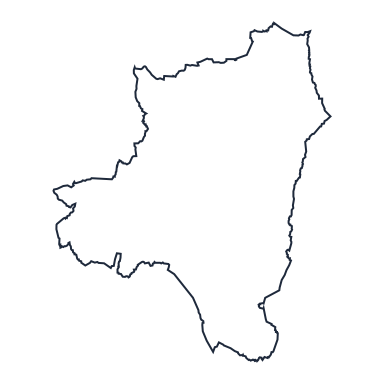 Wapi Pathum, Maha Sarakham, Thailand
{"feature_id": "78962969B74809477200097", "entity_name": "Wapi Pathum", "entity_type": "district", "adm_level": 2, "iso_a3": "THA", "parent_name": "Thailand", "parent_adm1": "Maha Sarakham", "projection": "equal_earth", "projection_center": [103.345, 15.863], "detail": "fine", "context": "isolated", "style": "outline", "palette": "slate", "viewbox_px": 384, "rotation_deg": 0, "n_neighbors": 0, "source": "geoboundaries", "source_scale": "gbopen_adm2", "svg_char_len": 5912}
<svg xmlns="http://www.w3.org/2000/svg" viewBox="0 0 384 384"><path d="M53.5,190.8L54.3,192.8L56.7,194.7L57.6,196.4L57.8,198.6L58.9,199.7L62.2,200.6L63.7,202.4L66.2,204.2L66.5,205.7L68.8,206.3L69.0,207.0L70.5,207.4L72.3,205.0L75.3,203.7L74.8,206.5L73.1,208.4L73.5,210.9L72.3,212.3L70.8,212.6L69.8,213.9L69.6,215.3L67.3,216.1L66.9,218.0L66.2,217.7L65.5,218.5L65.1,217.8L63.7,218.3L57.0,223.9L56.5,224.8L56.4,229.2L58.5,237.8L59.5,238.5L59.2,244.2L59.6,245.2L60.3,244.8L60.4,247.7L61.5,247.2L61.8,246.2L63.4,247.0L64.4,246.2L65.5,246.3L67.0,245.6L68.5,243.8L68.4,243.0L69.5,242.4L69.9,245.0L70.8,246.3L71.1,249.2L72.0,250.2L72.8,250.2L73.1,252.3L74.3,253.1L74.4,253.9L74.8,253.7L75.1,254.5L76.3,254.7L77.2,258.6L77.9,259.5L78.8,259.4L79.1,260.7L81.2,261.3L81.3,262.7L85.3,265.5L89.9,262.9L91.2,261.2L94.8,262.6L97.4,262.0L98.5,262.9L104.1,263.3L110.8,268.0L111.7,266.1L113.8,265.9L115.0,259.3L116.9,253.3L120.7,253.8L120.5,257.7L119.8,261.2L119.1,261.5L118.6,263.3L118.8,266.7L118.3,266.7L118.4,267.8L117.5,269.3L117.5,272.6L118.5,272.7L118.6,273.7L121.0,274.0L122.7,276.7L125.0,276.9L126.2,276.2L127.9,276.4L128.5,277.4L129.4,276.9L130.0,275.9L130.2,274.5L131.4,273.9L131.5,273.1L134.0,271.9L134.3,271.1L133.9,269.6L135.9,269.5L136.7,267.0L138.0,265.6L137.8,264.8L141.9,262.0L143.0,261.7L144.0,262.1L144.9,263.4L148.7,262.6L150.5,265.9L152.5,265.5L152.9,263.6L153.9,263.3L154.5,262.0L155.4,262.8L160.2,262.8L161.2,263.4L162.8,262.5L163.7,263.4L168.4,264.0L169.2,264.9L168.7,267.5L167.8,269.9L174.2,274.1L193.0,297.8L198.4,310.1L198.7,312.6L200.1,314.7L200.5,318.0L201.2,319.6L203.3,321.1L203.5,322.8L202.5,323.0L202.3,325.0L202.8,331.3L206.7,340.7L213.1,351.9L214.8,347.2L216.9,346.6L218.9,342.4L223.3,344.7L223.8,345.4L230.6,348.2L234.8,351.1L238.0,352.4L238.1,353.3L240.0,355.3L241.8,355.1L242.6,355.6L243.0,354.9L243.3,355.7L245.7,356.4L246.3,358.0L248.7,360.0L249.5,359.7L250.7,360.6L252.9,359.6L253.3,360.1L254.5,359.9L254.7,360.5L255.2,360.2L255.3,360.9L257.0,360.3L257.2,361.0L258.2,360.0L259.1,357.8L259.8,357.3L261.5,357.7L261.5,358.6L262.5,360.0L264.5,357.0L267.6,358.0L267.9,357.0L268.9,356.7L269.1,357.0L270.8,354.7L271.5,352.1L272.7,352.2L273.4,351.3L277.5,339.6L277.8,333.2L277.0,332.8L277.0,332.0L275.9,332.0L275.9,330.4L275.0,330.1L275.3,327.1L271.4,324.8L271.6,324.0L266.6,321.7L265.8,319.2L263.6,308.1L263.4,308.7L259.9,307.9L258.9,306.5L259.1,305.4L258.6,304.8L259.6,303.8L260.2,304.0L260.2,303.6L263.2,303.1L263.6,303.4L265.2,297.8L279.3,290.3L279.7,287.4L281.7,280.0L284.7,275.0L286.5,270.1L289.2,265.2L291.0,260.5L289.7,259.9L289.9,258.3L288.9,258.4L287.4,256.9L288.0,256.5L287.6,255.6L287.9,254.9L286.8,253.9L286.9,253.1L286.2,251.4L287.3,250.0L288.1,249.7L289.3,250.6L291.3,243.4L291.4,241.9L290.7,240.4L291.3,236.9L290.1,236.7L289.3,235.6L290.1,234.3L290.3,231.9L291.2,231.4L292.1,229.6L291.7,228.7L291.9,226.6L291.7,225.8L290.2,225.3L290.2,224.5L289.4,224.5L288.6,223.0L288.6,220.8L289.3,219.4L288.9,218.3L289.9,216.4L290.9,216.4L291.6,215.0L291.7,210.0L293.3,208.0L292.9,205.4L294.0,198.9L293.4,196.5L293.4,191.3L294.3,187.9L294.4,185.1L295.6,183.6L295.8,181.0L296.6,181.1L299.0,177.7L299.9,177.5L300.3,174.4L299.8,174.1L300.3,171.3L300.1,170.4L300.8,168.4L301.8,168.1L302.5,165.9L302.4,164.8L303.0,164.0L302.3,162.4L302.8,161.5L303.0,159.1L305.5,157.0L305.0,154.9L306.2,151.6L305.2,141.8L306.6,140.5L306.8,139.3L309.1,139.0L309.9,136.4L312.4,134.0L313.8,133.9L320.1,126.5L321.2,126.4L321.8,123.9L324.0,123.6L324.6,121.0L326.6,120.0L330.5,116.4L324.9,110.7L324.4,109.2L324.7,108.8L322.1,103.1L322.2,98.6L319.0,98.7L318.9,95.5L316.8,92.8L316.5,90.5L315.2,87.8L315.8,86.1L315.6,84.8L314.9,84.2L314.4,82.9L312.9,82.5L312.0,79.5L312.5,76.5L311.4,74.5L311.3,73.2L310.1,72.7L309.9,72.1L310.5,69.7L309.9,68.2L310.3,66.4L309.6,66.0L309.9,64.6L309.4,64.6L309.3,63.1L310.0,59.2L308.7,58.8L308.8,56.9L309.4,55.7L309.1,55.1L309.4,54.4L309.1,54.2L309.4,52.9L309.0,52.6L309.3,51.0L308.9,50.3L309.2,49.8L309.0,47.4L307.2,44.1L307.7,40.5L307.5,38.6L308.6,36.7L307.7,35.1L309.6,32.7L310.1,31.2L307.7,32.1L305.2,32.0L303.9,35.0L303.3,35.2L300.4,34.5L298.6,35.5L293.4,35.3L281.7,28.6L274.1,23.0L274.0,24.0L273.0,23.7L271.9,26.8L270.6,26.4L268.6,28.2L268.2,30.4L266.6,30.3L266.6,31.3L265.9,31.0L264.7,31.5L263.3,30.8L263.3,31.4L261.8,31.9L257.4,31.5L254.5,30.2L253.9,31.2L250.6,32.3L250.2,37.9L251.1,38.0L252.3,41.8L252.7,41.8L246.8,54.9L236.4,58.6L236.4,59.7L235.5,60.2L234.9,60.1L234.9,59.1L226.4,59.1L226.4,60.9L223.9,62.7L220.7,62.9L218.8,62.2L213.6,62.4L212.0,59.2L208.6,59.2L207.2,58.6L200.4,61.8L197.4,62.5L198.6,65.5L197.1,65.8L192.0,65.0L190.3,65.6L187.2,64.8L185.7,64.9L185.5,67.8L184.8,69.8L183.7,70.7L181.8,70.6L179.0,71.3L177.9,73.2L176.7,74.2L175.5,76.8L173.2,75.9L173.0,76.5L164.2,76.0L163.8,79.7L160.1,78.3L157.7,79.1L156.3,78.8L151.7,74.8L150.1,72.4L147.3,69.5L145.9,67.0L144.9,66.3L143.7,66.7L142.3,68.5L140.9,69.2L135.1,68.5L134.7,67.3L133.8,70.0L133.9,73.4L137.5,78.7L136.4,86.0L136.5,88.9L135.4,91.8L135.7,97.3L137.2,101.1L139.3,103.2L139.2,105.9L139.9,106.0L140.9,108.3L142.4,109.1L142.0,110.9L146.2,113.5L145.0,114.1L143.9,116.1L143.4,116.1L143.9,117.1L143.8,118.4L142.9,120.4L143.4,120.2L143.8,121.0L143.6,121.5L143.9,121.6L143.2,122.8L145.2,125.0L145.7,124.5L146.3,126.4L146.8,126.2L148.0,128.9L146.7,130.9L145.4,131.2L145.6,131.8L144.9,133.9L145.0,135.7L143.9,137.0L142.4,140.7L141.4,141.4L140.2,141.2L138.2,143.3L134.4,143.4L134.5,146.0L135.7,147.5L135.4,149.5L136.3,156.1L133.3,156.2L132.2,157.2L129.6,162.9L126.9,164.4L125.5,163.5L123.2,163.4L122.8,162.4L121.7,162.4L121.3,161.3L119.5,160.3L119.1,161.8L118.1,162.3L117.2,166.3L116.9,166.1L116.3,171.7L115.8,172.1L115.6,174.5L114.6,175.8L114.8,176.6L113.4,176.5L113.2,177.6L111.9,179.3L91.5,178.2L90.5,179.3L86.7,179.7L85.3,180.8L82.7,180.4L81.6,181.5L76.2,183.1L75.0,183.1L74.3,181.8L73.0,184.0L73.7,185.5L71.2,187.3L67.6,185.4L63.3,186.0L57.3,188.8L54.0,189.5L53.5,190.8Z" fill="none" stroke="#1e293b" stroke-width="2"/></svg>